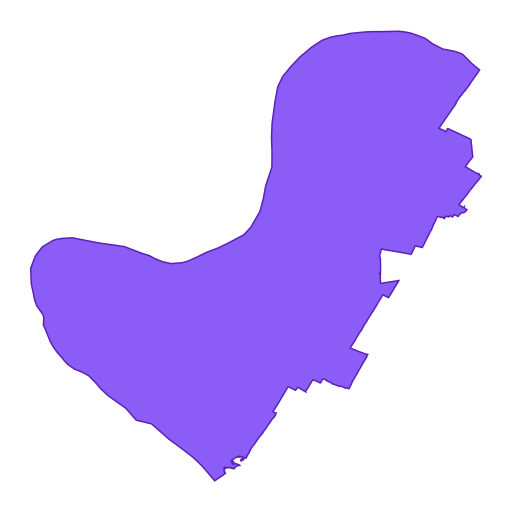 Burila Mare, Mehedinti, Romania (Robinson projection)
{"feature_id": "2599482B63119685447246", "entity_name": "Burila Mare", "entity_type": "district", "adm_level": 2, "iso_a3": "ROU", "parent_name": "Romania", "parent_adm1": "Mehedinti", "projection": "robinson", "projection_center": [22.586, 44.474], "detail": "fine", "context": "isolated", "style": "filled", "palette": "violet", "viewbox_px": 512, "rotation_deg": 0, "n_neighbors": 0, "source": "geoboundaries", "source_scale": "gbopen_adm2", "svg_char_len": 5972}
<svg xmlns="http://www.w3.org/2000/svg" viewBox="0 0 512 512"><path d="M345.8,388.2L346.2,387.8L346.5,387.8L347.8,388.4L348.1,388.4L349.0,388.7L349.3,388.2L350.0,386.9L351.4,383.9L352.1,382.3L352.2,382.1L352.1,381.9L357.2,373.4L358.4,371.1L361.4,366.0L361.7,365.3L363.5,362.3L364.7,360.2L365.2,359.6L366.9,356.5L366.4,356.2L367.7,354.4L367.4,354.3L366.5,354.2L365.3,353.9L358.2,351.3L350.2,348.0L350.8,346.8L351.5,345.8L354.7,341.1L355.6,339.5L356.1,338.4L357.6,336.0L358.6,334.2L360.2,331.8L361.6,329.9L362.0,329.2L362.4,328.3L363.8,325.9L364.8,324.0L365.8,322.6L366.6,321.5L367.9,319.0L368.2,318.7L368.8,317.5L369.7,316.2L370.0,315.8L370.7,314.9L371.0,314.3L371.1,313.9L373.2,311.0L373.5,310.5L373.7,309.9L374.4,309.0L374.9,308.1L375.2,307.5L375.6,306.9L376.0,306.3L377.4,304.0L378.0,302.7L378.3,301.8L379.0,301.1L382.8,295.0L383.0,295.0L384.0,295.4L388.4,297.6L388.6,297.6L388.8,297.2L391.5,293.0L392.6,290.8L393.2,290.1L394.0,288.7L394.4,287.9L395.2,286.5L396.1,285.3L396.2,285.1L396.8,284.1L397.4,283.1L397.5,282.8L398.8,280.8L398.9,280.5L380.6,283.4L380.5,282.6L380.4,281.0L380.3,274.2L379.6,274.2L379.6,273.4L380.3,273.4L380.2,273.2L380.5,273.0L380.5,272.1L380.6,267.3L380.5,265.9L380.5,262.5L380.4,259.4L380.3,258.0L380.2,257.3L379.9,257.0L379.5,256.8L379.4,256.6L380.3,253.4L381.4,249.0L384.8,249.7L391.6,250.8L394.3,251.3L399.2,252.1L411.2,254.3L413.1,250.4L415.2,245.9L422.3,247.5L426.2,239.8L427.6,237.0L429.1,234.1L430.0,232.2L431.5,229.5L432.3,227.8L432.3,227.2L435.6,220.4L437.3,216.5L438.5,216.7L440.6,217.3L441.3,217.0L444.4,218.5L444.5,217.7L444.2,217.3L444.3,217.2L444.9,217.4L445.3,216.7L445.9,216.6L446.3,216.1L447.3,216.6L448.3,216.8L448.7,217.0L450.0,215.6L452.4,217.0L453.5,215.6L454.6,214.6L458.1,216.5L459.0,215.2L461.5,212.7L463.7,212.8L464.7,211.8L465.4,211.6L466.1,210.7L466.9,209.7L465.3,208.7L464.7,208.0L464.4,207.8L464.1,207.3L464.2,206.8L463.6,207.4L462.6,207.0L458.9,204.6L460.0,203.3L466.0,195.8L467.1,194.4L468.7,192.1L469.5,191.1L469.9,190.3L470.8,189.4L471.7,188.3L476.0,182.9L478.3,180.3L480.0,178.0L480.7,177.3L481.3,176.2L480.4,175.8L479.5,175.5L479.5,174.8L478.9,173.7L478.6,173.5L477.7,173.5L477.2,173.6L476.5,173.3L475.5,172.6L472.7,171.1L469.1,168.8L465.4,166.8L466.2,165.6L469.4,160.9L469.9,160.5L472.7,157.0L472.8,156.2L472.4,154.2L471.9,148.8L471.7,146.0L471.2,143.1L471.0,139.7L470.8,139.4L468.6,138.2L461.2,134.8L458.5,133.4L456.8,132.7L453.3,131.1L448.0,128.6L447.7,128.6L447.4,128.9L446.6,130.3L446.1,131.5L445.9,131.7L444.6,131.1L444.4,130.6L442.8,130.0L439.0,128.3L441.2,125.0L445.8,118.3L451.0,110.8L455.6,104.2L456.0,103.6L455.7,103.4L455.7,103.2L456.1,102.5L459.8,96.9L460.1,96.8L464.8,90.6L465.0,90.8L470.0,84.0L469.9,83.9L470.2,83.4L479.6,70.0L473.7,65.1L471.4,63.2L468.1,59.7L462.2,54.0L455.8,51.6L446.0,49.6L443.7,49.3L440.5,47.9L432.7,43.9L427.9,40.3L424.7,38.2L417.7,35.5L411.5,33.3L406.8,32.3L402.6,31.7L398.8,31.2L397.4,31.3L382.0,31.6L373.9,31.6L364.6,32.0L350.4,33.4L343.0,35.1L336.8,35.9L330.9,37.1L322.3,40.2L311.7,47.1L300.0,56.9L291.0,66.4L282.8,76.3L277.8,86.7L275.0,101.6L272.1,123.1L271.5,137.4L272.0,151.0L271.9,167.2L268.4,177.6L265.7,185.8L263.3,198.8L259.9,211.5L250.7,227.4L243.8,234.8L229.6,242.3L218.8,247.7L206.3,252.4L197.1,257.0L188.3,261.0L182.4,262.7L171.3,263.6L162.8,261.8L154.9,258.7L149.4,255.6L141.6,253.2L124.3,246.6L99.3,243.0L72.2,237.8L62.2,238.4L56.7,239.3L53.1,240.4L42.3,246.9L35.5,255.7L33.9,259.8L30.7,268.3L31.3,284.0L33.2,292.6L34.6,299.8L36.8,305.9L42.0,313.2L43.3,315.5L43.8,318.0L43.4,325.1L45.3,329.2L49.9,340.7L52.6,345.8L56.9,352.0L67.3,364.0L74.4,369.1L82.5,372.3L88.7,375.7L95.5,382.6L100.9,388.9L107.8,395.4L117.3,402.3L125.4,407.9L128.8,411.6L132.7,416.2L136.3,420.2L151.6,423.9L169.2,439.4L181.0,448.0L193.0,457.3L197.4,461.4L202.9,466.9L214.7,480.8L223.4,474.9L225.5,473.3L224.4,471.8L224.7,471.2L224.4,470.7L224.2,470.1L224.1,470.3L223.8,470.3L223.8,470.0L224.2,469.7L224.2,469.3L224.6,469.0L224.1,468.5L224.2,468.0L224.1,467.6L224.8,467.2L225.2,467.4L225.8,468.3L226.8,467.7L227.7,467.5L228.1,467.7L228.7,467.7L228.7,467.9L228.9,467.9L230.1,467.3L230.5,467.5L231.2,468.3L232.3,467.8L233.0,468.7L233.3,468.6L233.8,468.6L234.2,468.7L234.3,468.6L234.2,468.3L234.4,468.2L234.8,467.9L234.9,467.7L235.3,467.2L238.3,465.2L238.6,465.3L238.6,465.6L239.2,465.6L239.5,465.4L239.8,465.4L239.5,465.0L236.4,463.9L235.3,463.3L234.8,463.3L234.7,463.6L234.5,463.8L234.0,463.9L233.9,464.1L233.1,464.3L232.1,463.7L231.9,463.3L232.3,463.2L232.2,462.9L232.4,462.5L233.1,462.6L233.6,462.1L233.1,461.6L232.4,461.1L231.7,461.1L230.9,460.9L231.1,460.6L231.7,460.4L232.6,460.0L234.3,458.5L235.8,457.5L236.6,456.8L236.9,456.8L237.4,457.3L237.9,457.1L238.1,456.7L238.7,456.1L239.3,456.3L239.0,456.8L240.1,457.3L240.7,456.9L241.0,456.6L242.8,456.9L243.0,457.0L243.0,457.4L241.9,458.8L241.0,459.5L240.7,460.1L240.9,460.8L241.4,460.9L242.0,460.7L242.8,460.1L243.9,459.1L244.7,458.1L244.7,457.7L244.8,457.5L245.8,457.7L246.2,458.0L246.3,457.9L246.3,457.6L247.5,455.2L248.8,453.1L249.0,452.6L249.4,451.9L249.6,451.5L249.9,451.1L251.0,448.7L251.3,448.1L252.4,446.6L252.4,446.4L254.2,444.4L255.8,442.0L256.8,440.7L257.2,439.9L258.0,439.0L259.7,436.6L261.7,434.2L262.5,433.4L263.9,431.0L266.7,427.3L267.1,426.5L267.7,425.6L270.1,422.2L270.5,421.6L272.2,419.1L273.8,417.5L274.8,416.1L275.4,415.2L275.7,414.7L275.8,414.2L275.9,413.9L275.9,413.3L276.1,413.0L275.5,412.9L275.0,412.8L273.6,412.1L273.3,412.0L272.9,411.7L277.2,405.0L288.1,386.7L293.0,389.0L295.4,390.3L295.9,389.9L297.2,387.8L297.5,387.6L297.8,387.4L298.1,387.4L302.2,389.8L303.4,390.6L305.8,391.9L305.7,391.4L305.8,391.1L306.1,390.5L306.4,390.1L306.9,389.3L308.7,386.8L309.5,385.1L311.6,381.7L312.7,379.7L315.4,380.7L317.1,381.4L318.6,382.2L320.3,382.9L320.5,382.9L320.8,382.6L322.8,378.9L326.0,379.8L326.3,380.4L326.7,380.8L330.9,382.6L331.2,382.8L331.5,383.1L331.6,383.5L331.9,383.5L333.2,384.2L333.8,384.2L339.1,386.3L339.8,386.4L340.3,386.0L340.7,386.1L345.8,388.2Z" fill="#8b5cf6" stroke="#5b21b6" stroke-width="1.5"/></svg>